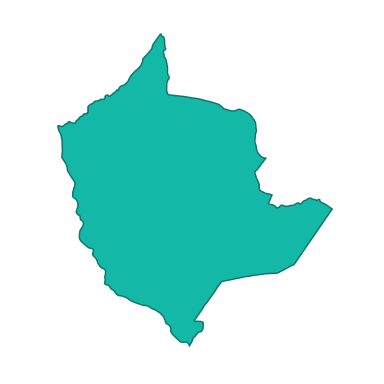 Chemba, Sofala, Mozambique (Albers equal-area conic projection), rotated 187°
{"feature_id": "85939544B96550484342715", "entity_name": "Chemba", "entity_type": "district", "adm_level": 2, "iso_a3": "MOZ", "parent_name": "Mozambique", "parent_adm1": "Sofala", "projection": "albers", "projection_center": [34.641, -17.226], "detail": "fine", "context": "isolated", "style": "filled", "palette": "teal", "viewbox_px": 384, "rotation_deg": 187, "n_neighbors": 0, "source": "geoboundaries", "source_scale": "gbopen_adm2", "svg_char_len": 6023}
<svg xmlns="http://www.w3.org/2000/svg" viewBox="0 0 384 384"><g transform="rotate(187 192 192)"><path d="M333.2,241.1L332.5,238.8L332.0,237.7L331.4,236.4L330.0,234.5L328.7,231.8L327.2,227.1L325.6,216.4L325.5,211.0L324.9,209.7L320.6,204.8L319.4,202.5L319.0,201.5L318.3,198.7L317.8,197.5L315.7,195.0L314.8,193.6L311.1,189.3L310.4,188.6L309.6,187.5L309.3,186.9L309.1,185.6L309.2,183.7L309.4,182.2L309.7,181.7L310.3,176.9L310.1,174.1L309.7,172.9L309.3,172.4L308.3,171.7L306.8,171.0L305.6,169.9L304.6,168.5L303.9,166.9L303.6,165.2L303.5,163.8L304.3,159.8L304.4,158.8L304.3,157.8L303.9,157.1L303.4,156.3L302.6,155.7L301.1,155.1L300.3,154.3L299.9,153.7L299.7,152.1L299.4,151.3L298.8,150.6L297.0,149.8L296.3,148.7L296.0,148.1L296.0,146.1L296.1,144.9L298.1,140.9L298.5,139.2L298.6,137.3L298.2,132.9L297.2,130.8L295.2,128.8L288.0,124.1L284.9,123.7L283.3,123.3L282.8,122.3L282.7,121.0L283.0,119.2L283.0,117.8L282.4,116.8L279.8,115.0L277.9,112.3L276.6,109.7L274.1,106.8L272.9,105.9L271.8,105.4L270.7,105.2L269.6,104.7L268.7,104.0L268.2,103.1L268.0,102.2L267.9,100.2L268.2,98.1L268.1,97.2L268.0,96.0L267.4,94.4L267.4,93.1L267.7,91.8L267.6,90.6L267.3,90.1L266.6,89.6L265.7,89.6L264.1,89.3L263.1,88.9L262.5,88.5L261.2,86.8L260.6,86.1L257.5,84.6L256.9,84.0L255.6,82.4L254.7,81.6L253.6,80.8L252.8,80.5L250.9,80.2L249.2,80.3L248.3,80.2L244.8,79.4L243.8,79.0L241.4,77.6L238.6,76.3L234.5,75.2L226.8,73.6L223.6,73.7L221.3,73.3L217.9,71.5L216.7,71.1L214.6,70.7L209.1,68.1L207.9,67.3L205.6,65.2L204.6,64.2L203.2,61.6L202.4,59.6L201.6,58.3L198.8,57.3L197.9,56.6L197.0,55.5L196.3,53.8L196.3,51.8L195.9,50.7L193.9,48.3L187.2,43.2L184.7,41.7L182.8,41.7L180.1,42.3L178.8,42.2L177.7,41.7L176.8,40.9L175.9,39.1L174.4,42.0L173.7,44.1L173.3,46.4L173.1,47.0L172.1,48.4L171.1,49.5L169.2,52.7L168.9,52.9L168.1,53.8L167.0,54.1L165.6,54.9L164.8,56.7L164.4,58.3L164.7,61.6L165.1,63.3L165.0,63.8L166.4,64.4L168.0,64.6L173.9,64.0L174.1,64.1L174.0,64.9L167.0,77.9L166.1,80.7L164.6,83.0L163.9,83.9L163.2,85.2L157.5,95.5L155.4,100.1L151.6,106.8L135.5,112.2L134.4,112.5L129.5,114.3L124.3,115.6L119.9,117.0L109.5,119.7L100.6,121.4L97.8,121.8L97.0,122.1L95.7,123.0L94.7,123.7L94.5,123.9L92.8,125.0L83.6,131.5L82.2,132.1L81.5,133.1L50.8,192.2L57.8,195.9L59.3,196.5L59.7,196.6L61.4,197.2L63.1,197.8L63.8,198.3L64.1,198.9L64.1,199.6L64.5,200.0L65.3,200.0L65.9,199.8L66.9,198.6L67.4,198.5L67.8,198.7L68.3,199.4L68.6,199.5L69.9,199.3L70.6,199.4L73.3,200.3L74.1,200.3L75.0,200.0L75.8,199.6L76.7,199.0L77.8,197.7L79.1,197.3L80.1,196.6L81.1,195.5L81.8,194.4L82.7,193.4L83.6,193.3L84.1,193.5L84.7,194.0L85.6,194.0L86.5,193.7L87.2,193.2L88.4,192.0L89.3,191.4L92.2,190.7L93.5,190.3L95.2,189.5L96.6,189.3L98.2,189.3L100.6,189.9L101.6,189.8L102.3,189.4L102.8,188.8L103.3,187.9L103.7,187.5L104.6,186.9L105.1,186.7L105.8,186.6L106.3,186.7L107.6,187.9L108.5,188.5L109.5,188.8L110.3,189.1L113.0,189.2L113.8,189.4L114.3,189.7L114.6,190.3L114.6,190.5L113.3,194.8L113.0,196.4L112.2,198.7L115.1,199.4L117.9,199.5L119.0,199.7L123.2,201.2L124.0,201.5L124.9,202.2L125.6,203.2L125.8,204.0L126.1,207.3L126.7,208.8L130.4,215.0L130.9,216.6L132.0,218.2L132.0,218.9L131.4,220.5L129.8,222.6L122.9,234.5L125.5,234.7L126.8,235.1L127.9,235.8L129.7,237.2L129.9,237.4L131.5,239.0L132.4,240.4L133.4,243.0L133.9,245.3L135.6,249.0L135.9,251.2L136.1,256.3L136.0,257.5L135.6,259.7L135.6,260.9L136.3,263.2L137.2,267.8L138.1,269.7L139.1,271.0L139.9,271.9L140.1,272.0L141.5,273.7L142.4,274.5L142.5,274.7L144.4,276.2L147.1,277.5L149.7,278.6L152.1,279.4L153.1,279.5L154.2,279.8L155.5,279.8L156.7,279.3L158.9,278.0L160.0,277.5L160.9,277.4L163.9,277.4L170.2,278.4L170.7,278.7L170.9,278.9L173.5,280.7L175.5,281.9L177.3,282.5L183.9,283.7L189.8,284.3L194.4,285.0L197.4,285.4L203.6,285.4L210.7,285.8L225.3,285.6L226.6,285.7L227.8,286.1L228.2,286.4L228.6,287.3L229.6,289.9L230.2,296.0L230.2,297.5L229.9,299.1L229.6,299.9L228.9,301.2L228.7,301.6L228.6,302.6L228.7,303.3L228.9,303.8L230.1,305.0L230.7,306.8L231.2,309.8L231.3,311.8L231.7,313.5L233.2,317.9L233.3,318.5L234.1,320.3L234.7,321.4L235.1,321.8L236.1,323.1L236.6,325.2L237.5,327.5L237.4,328.6L237.1,328.8L236.7,329.4L235.9,329.9L235.6,330.8L235.7,331.3L236.3,332.3L236.6,333.0L238.0,340.2L239.1,342.5L239.7,342.4L240.9,343.2L241.8,344.2L242.0,344.9L242.8,344.6L243.1,343.7L243.5,343.3L248.4,334.2L248.9,332.8L249.4,329.5L250.0,328.2L252.8,323.8L253.6,322.9L256.6,318.6L257.0,318.2L256.8,317.7L256.9,315.8L257.9,312.0L258.5,310.8L259.4,309.5L259.6,309.0L261.8,306.3L262.0,306.2L263.3,304.8L264.0,303.8L264.2,303.5L264.4,303.4L266.8,300.0L268.2,296.7L268.9,294.1L269.9,292.6L270.9,291.6L271.9,290.4L272.7,289.7L274.7,288.8L275.8,288.1L276.4,287.3L277.1,286.1L277.4,285.1L277.6,283.9L277.9,284.2L278.8,284.2L279.1,283.9L279.7,282.8L280.8,281.5L281.1,281.0L281.9,280.7L282.3,280.4L282.7,279.4L283.1,279.3L283.7,278.4L284.7,277.8L284.8,277.3L285.1,277.1L285.5,276.9L286.3,277.0L287.2,277.9L287.5,277.9L288.1,277.8L288.8,277.5L289.9,276.5L290.0,276.2L289.6,275.6L289.6,275.3L289.8,275.0L289.9,274.2L290.4,273.6L291.4,273.1L292.1,273.0L293.1,273.0L294.0,272.9L294.4,272.6L295.0,271.5L295.3,271.3L296.4,271.3L296.7,271.3L297.3,270.7L297.8,270.5L298.9,270.4L300.0,269.7L300.6,268.6L301.7,267.5L303.0,266.9L304.1,265.9L305.5,264.2L305.7,263.2L305.1,262.1L305.1,261.7L305.4,260.9L305.4,260.5L304.8,259.7L304.9,259.4L304.9,258.9L305.2,258.6L305.4,258.1L305.4,257.2L305.6,257.0L306.3,257.1L307.1,256.7L307.8,256.7L308.2,256.2L308.8,256.2L309.3,255.9L309.4,254.8L309.5,254.4L310.2,254.0L311.1,253.8L312.2,252.9L312.3,252.4L313.1,251.7L313.2,250.5L313.4,250.3L314.2,250.1L314.3,250.0L314.2,249.8L314.6,249.3L315.6,248.4L315.8,248.1L315.8,247.1L316.5,246.2L317.5,245.9L319.8,246.0L320.2,246.0L321.4,246.6L321.5,246.8L321.9,246.9L322.5,246.5L323.3,246.5L323.4,246.4L323.5,246.2L323.4,245.7L323.6,245.2L323.9,244.9L325.0,244.7L325.3,244.5L325.5,243.9L325.7,243.7L326.3,243.5L326.6,243.2L326.7,242.8L327.6,242.3L328.5,241.3L329.2,241.1L329.7,241.0L330.1,241.1L330.8,240.9L331.2,241.4L331.8,241.7L332.1,241.6L333.2,241.1Z" fill="#14b8a6" stroke="#0f766e" stroke-width="1.5"/></g></svg>